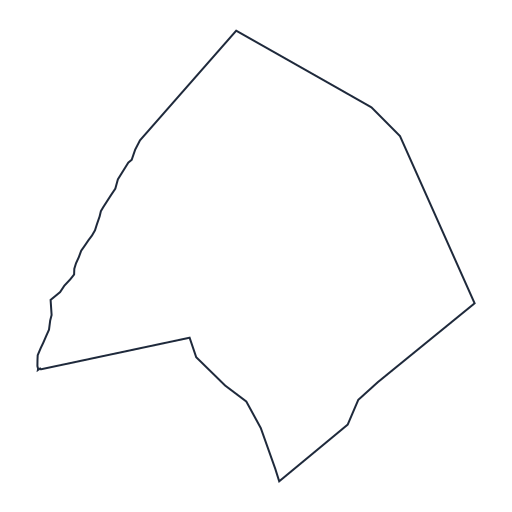 the district of Soucis, Anse-la-Raye, Saint Lucia
{"feature_id": "8701671B87099663459533", "entity_name": "Soucis", "entity_type": "district", "adm_level": 2, "iso_a3": "LCA", "parent_name": "Saint Lucia", "parent_adm1": "Anse-la-Raye", "projection": "equal_earth", "projection_center": [-61.001, 13.977], "detail": "fine", "context": "isolated", "style": "outline", "palette": "slate", "viewbox_px": 512, "rotation_deg": 0, "n_neighbors": 0, "source": "geoboundaries", "source_scale": "gbopen_adm2", "svg_char_len": 732}
<svg xmlns="http://www.w3.org/2000/svg" viewBox="0 0 512 512"><path d="M37.9,370.0L40.1,368.5L40.9,369.3L189.6,337.7L196.2,357.2L225.2,385.6L246.3,401.5L260.8,428.1L275.3,468.9L279.2,481.3L347.7,424.6L358.3,399.8L378.0,382.0L474.6,303.3L400.0,136.1L371.5,107.4L347.4,93.7L236.2,30.7L140.0,140.3L135.2,149.6L131.7,159.8L128.3,162.6L117.9,179.3L115.3,188.7L110.8,195.4L103.4,206.9L100.9,211.1L99.6,216.5L96.9,224.3L95.0,230.3L92.0,235.5L88.6,240.0L85.0,245.3L81.2,250.7L78.8,257.2L76.0,263.3L74.3,268.8L74.1,274.5L70.3,279.3L64.4,285.6L60.1,292.1L50.6,299.9L51.6,315.0L50.2,320.5L49.0,329.7L46.4,335.5L43.2,342.9L40.8,347.9L37.7,355.2L37.5,359.6L37.4,366.1L38.1,368.8L37.9,370.0Z" fill="none" stroke="#1e293b" stroke-width="2"/></svg>